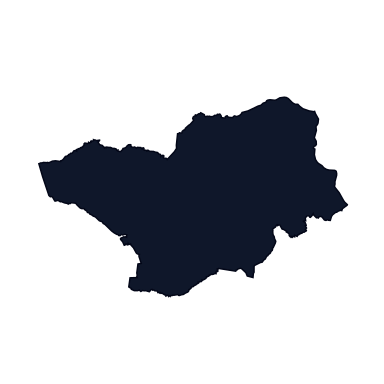 the district of Huamboya, Morona Santiago, Ecuador, rotated 8°
{"feature_id": "8360857B57232990650034", "entity_name": "Huamboya", "entity_type": "district", "adm_level": 2, "iso_a3": "ECU", "parent_name": "Ecuador", "parent_adm1": "Morona Santiago", "projection": "orthographic", "projection_center": [-77.997, -1.985], "detail": "fine", "context": "isolated", "style": "filled", "palette": "ink", "viewbox_px": 384, "rotation_deg": 8, "n_neighbors": 0, "source": "geoboundaries", "source_scale": "gbopen_adm2", "svg_char_len": 6055}
<svg xmlns="http://www.w3.org/2000/svg" viewBox="0 0 384 384"><g transform="rotate(8 192 192)"><path d="M302.2,95.1L301.5,95.5L296.8,95.4L290.2,94.1L286.7,92.1L284.6,90.4L282.0,90.8L280.6,90.3L279.0,89.6L274.4,86.1L272.3,85.3L270.2,85.3L265.9,86.5L262.7,89.0L261.4,89.6L256.4,89.8L254.4,90.4L253.3,91.2L252.6,92.9L250.1,94.1L248.2,96.5L245.5,97.7L236.2,103.9L230.5,106.3L230.1,107.6L228.4,109.7L225.7,111.1L223.6,110.7L222.5,111.5L222.1,112.7L218.1,112.9L216.7,112.4L216.3,111.7L215.5,111.9L214.5,112.8L214.5,114.0L214.2,114.3L210.9,114.2L210.4,114.1L210.5,113.0L210.2,112.5L209.0,111.1L208.5,111.0L207.0,111.7L206.3,111.5L205.5,112.9L204.0,112.8L203.2,113.4L202.7,114.2L200.2,114.8L198.6,114.5L197.7,114.9L196.5,114.8L194.7,115.6L194.0,115.1L193.4,113.7L189.6,112.3L188.9,113.4L187.8,113.6L185.9,115.3L184.9,115.2L185.3,116.1L184.0,116.3L182.7,117.7L182.5,119.2L183.7,120.9L180.6,125.5L179.5,126.3L176.6,129.8L176.3,131.3L175.1,131.9L173.8,133.4L173.9,134.8L172.9,135.2L171.3,135.1L170.7,136.0L169.6,136.3L170.0,147.8L170.7,151.4L170.2,151.8L169.0,154.5L162.9,163.3L162.1,162.3L159.1,162.3L158.7,161.5L159.2,160.3L158.7,159.8L157.7,159.8L156.2,161.2L156.1,160.1L155.5,159.2L153.7,158.9L152.5,157.7L149.8,157.6L148.2,157.2L144.4,157.6L142.5,156.7L141.6,157.8L140.6,157.0L139.0,157.4L138.6,157.0L138.3,155.4L137.6,155.0L137.1,155.2L136.6,156.3L135.2,155.1L131.6,155.4L130.9,156.4L129.0,155.4L127.2,156.1L125.1,155.4L125.0,153.9L124.6,153.7L122.7,154.0L121.5,155.1L120.6,156.8L119.0,158.0L117.6,158.5L117.4,159.6L115.7,161.9L113.0,161.9L112.9,160.7L111.6,161.2L110.8,159.9L108.6,159.6L107.7,160.0L105.2,159.2L102.3,159.5L101.4,159.3L100.9,160.2L99.7,159.7L99.2,160.7L96.8,158.4L93.9,158.0L92.0,155.6L93.3,154.0L93.2,153.5L90.2,154.4L88.6,153.9L88.2,154.2L87.2,153.9L87.3,154.7L86.4,155.5L85.6,155.4L85.3,156.4L84.6,156.1L84.6,157.1L83.9,157.4L83.6,158.0L82.6,157.3L82.5,158.3L81.6,158.7L80.2,158.4L79.0,158.5L78.3,159.6L78.9,160.6L77.8,161.7L77.6,162.6L77.0,162.6L76.7,163.5L75.6,163.5L74.5,164.8L73.3,164.9L73.0,165.8L71.8,166.0L71.6,166.3L72.0,167.5L70.8,167.1L69.2,167.8L68.0,170.3L66.5,170.5L65.4,171.9L64.6,172.1L64.6,172.7L63.7,173.4L63.8,173.7L61.7,174.4L59.8,177.8L58.6,179.0L57.6,179.4L57.6,180.1L52.5,180.1L49.4,180.9L47.0,182.5L45.3,183.1L44.9,182.8L44.2,183.1L40.7,183.4L39.5,184.1L38.3,184.2L36.4,185.3L41.9,197.5L50.8,215.4L52.3,216.4L53.9,216.1L54.5,216.3L57.4,220.0L58.0,220.0L60.5,218.9L62.9,220.0L64.0,219.7L67.1,220.5L70.2,220.7L71.1,221.2L71.7,220.4L72.8,220.5L74.0,219.4L78.4,219.3L79.9,220.8L83.3,223.3L84.9,223.8L87.6,223.5L88.2,224.4L90.5,225.5L91.3,226.8L93.0,226.9L93.9,228.1L95.6,228.5L97.5,229.6L99.8,230.1L104.3,233.4L107.3,234.0L108.4,235.5L110.3,236.2L117.9,241.8L120.6,243.3L123.4,244.4L124.9,244.5L125.5,245.3L126.8,245.2L127.8,243.9L129.5,244.2L131.4,243.3L133.4,243.5L133.5,245.8L132.7,245.5L131.6,246.0L130.8,245.8L127.9,247.7L127.7,248.4L128.1,249.1L130.3,251.0L132.3,254.2L132.8,254.0L132.9,253.3L133.8,253.3L133.8,252.5L135.2,252.4L135.4,253.2L135.7,253.3L136.3,252.8L136.2,252.0L136.9,252.7L138.4,251.9L138.7,252.8L141.8,255.4L145.3,260.1L146.5,260.9L148.6,261.1L148.3,262.0L148.5,263.3L151.7,269.8L148.5,270.8L148.6,279.8L149.3,282.2L149.1,283.9L149.5,284.4L142.6,285.6L142.6,294.8L145.5,296.1L145.4,296.7L145.8,296.9L148.5,297.7L151.8,297.3L153.4,296.5L155.2,297.6L156.5,296.5L159.1,296.4L159.8,296.1L163.6,296.7L165.2,294.3L166.3,294.0L166.8,294.7L167.7,294.3L168.9,295.0L171.2,294.8L172.3,296.4L173.2,296.0L174.2,296.6L174.5,296.0L175.5,296.7L176.4,296.3L178.8,297.5L179.3,297.2L179.7,297.8L180.6,297.8L180.7,298.6L182.5,297.5L183.5,298.7L184.1,297.8L184.7,297.8L185.0,298.2L185.3,297.5L186.6,297.4L187.4,296.7L188.3,296.8L192.3,295.5L193.0,296.2L193.7,296.3L195.9,295.2L197.8,294.6L199.4,293.1L201.8,291.6L202.6,290.2L202.4,289.1L203.2,288.7L204.4,287.5L204.4,286.8L204.9,286.1L206.4,285.5L206.9,284.9L206.9,284.4L208.7,283.5L209.1,282.8L210.6,281.7L210.5,280.7L211.3,281.0L211.9,279.7L213.5,279.5L214.4,278.3L214.2,277.5L215.4,277.5L217.5,275.9L218.5,274.3L218.2,273.9L220.3,273.0L220.5,272.0L221.2,272.0L221.4,271.4L222.1,271.3L222.4,270.7L223.6,270.8L224.9,270.3L226.2,269.3L227.1,269.6L227.2,269.0L226.7,268.2L227.2,267.0L227.7,266.8L228.0,267.3L228.6,266.7L228.2,266.5L228.3,265.7L227.7,264.8L228.0,264.6L228.5,264.9L228.9,264.0L246.3,264.3L246.5,263.4L247.3,263.0L248.5,261.6L250.8,260.7L251.8,261.0L256.6,264.4L258.4,267.5L264.3,268.2L264.1,264.1L264.6,262.8L263.8,257.0L264.2,256.0L269.4,252.4L271.3,251.7L272.4,249.5L273.9,248.1L274.8,245.3L275.9,244.5L276.5,243.1L277.6,242.2L278.2,241.3L278.4,240.0L279.6,238.6L279.7,237.4L279.4,236.3L280.1,235.9L281.6,231.0L281.8,229.1L280.2,226.7L279.7,225.0L278.1,222.8L277.5,220.2L277.4,218.5L276.9,217.5L279.5,215.1L280.6,212.5L281.2,212.4L281.6,213.3L282.8,212.3L283.8,212.7L286.3,216.1L288.1,216.4L291.3,217.8L291.0,218.4L293.9,219.7L294.4,221.7L295.6,222.7L296.2,222.2L296.6,223.0L297.2,222.4L297.7,222.8L298.1,221.9L299.0,222.0L299.3,221.6L299.8,221.9L299.7,220.6L302.3,221.3L302.7,219.8L303.6,219.6L304.1,218.7L304.7,218.6L305.3,217.9L306.5,217.6L307.3,216.5L309.0,216.0L309.5,215.3L310.5,214.7L310.6,214.1L309.4,213.2L310.4,211.7L308.8,209.7L309.7,209.2L309.6,208.8L308.3,206.5L306.5,205.7L306.3,205.4L306.6,205.0L308.6,204.7L307.8,202.0L309.0,199.9L310.0,199.4L311.3,199.4L312.2,200.6L312.8,200.6L314.1,198.8L315.0,196.6L315.5,197.7L318.8,200.2L320.0,200.0L320.7,200.2L321.4,198.7L323.2,198.2L324.5,198.9L327.0,201.3L328.6,201.5L330.1,200.6L331.1,201.0L332.9,200.9L333.5,196.9L334.3,195.1L337.0,192.2L338.1,191.9L339.7,190.4L341.9,189.4L342.9,189.6L343.3,187.6L347.5,183.4L347.6,182.9L344.7,180.9L343.3,179.4L337.9,172.3L333.0,167.6L332.3,166.5L332.5,164.3L332.1,161.9L332.9,155.4L332.7,153.6L331.9,151.4L330.4,150.7L324.7,151.2L322.0,150.9L319.2,149.7L317.0,147.8L313.2,146.1L311.6,144.8L309.8,142.7L308.0,138.1L307.7,132.4L306.2,131.9L306.0,131.5L306.6,129.7L307.9,129.0L308.5,127.5L307.9,124.4L305.6,121.3L306.6,113.7L305.6,109.9L306.8,107.7L307.2,106.2L307.1,102.2L303.3,97.2L302.2,95.1Z" fill="#0f172a" stroke="#020617" stroke-width="1.5"/></g></svg>